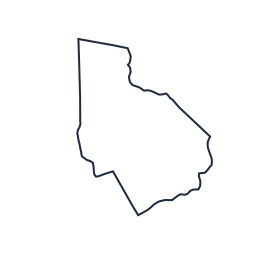 Massaranduba, Paraíba, Brazil (Equal Earth projection), rotated 307°
{"feature_id": "56859067B15048816693179", "entity_name": "Massaranduba", "entity_type": "district", "adm_level": 2, "iso_a3": "BRA", "parent_name": "Brazil", "parent_adm1": "Paraíba", "projection": "equal_earth", "projection_center": [-35.759, -7.193], "detail": "fine", "context": "isolated", "style": "outline", "palette": "slate", "viewbox_px": 256, "rotation_deg": 307, "n_neighbors": 0, "source": "geoboundaries", "source_scale": "gbopen_adm2", "svg_char_len": 1258}
<svg xmlns="http://www.w3.org/2000/svg" viewBox="0 0 256 256"><g transform="rotate(307 128 128)"><path d="M169.2,34.8L164.2,38.9L144.5,54.7L141.6,57.0L123.3,71.6L107.4,83.7L105.3,85.2L102.7,87.5L99.4,88.8L96.7,89.1L93.5,90.5L91.0,93.2L88.6,95.7L86.8,98.0L85.0,100.0L83.0,102.2L80.7,104.9L77.6,108.2L77.7,114.2L78.8,117.6L79.1,121.0L74.9,125.1L72.9,126.8L70.7,128.9L69.9,131.8L72.0,133.7L75.2,135.7L78.1,137.6L80.9,139.6L84.3,142.1L68.2,179.3L64.5,188.6L67.7,190.0L72.4,192.2L76.4,193.6L78.8,194.1L83.0,194.9L87.7,196.8L90.9,199.3L93.2,201.3L94.9,203.9L97.0,206.6L100.6,207.6L103.8,208.5L106.8,209.9L108.9,213.7L111.6,215.3L114.9,215.4L118.2,217.2L121.3,221.2L125.3,220.4L129.0,217.9L132.0,213.8L134.3,212.0L136.6,214.2L138.6,216.4L140.9,216.7L143.4,216.8L146.6,216.8L149.0,217.0L151.4,215.4L153.9,213.3L159.3,205.1L161.0,203.0L163.4,201.0L165.7,199.8L170.6,198.7L174.6,162.6L175.0,158.9L175.4,155.5L177.4,146.6L177.2,143.5L178.2,140.6L178.5,137.6L175.5,135.3L173.3,132.5L172.5,128.2L171.4,123.8L170.0,121.0L167.5,118.4L167.3,112.8L166.2,109.4L165.0,105.7L166.0,101.7L169.3,98.0L174.4,96.4L177.6,93.1L178.3,90.0L181.3,90.0L183.9,88.8L187.0,86.9L188.8,84.2L191.5,79.7L184.9,65.8L175.0,46.3L169.2,34.8Z" fill="none" stroke="#1e293b" stroke-width="2"/></g></svg>